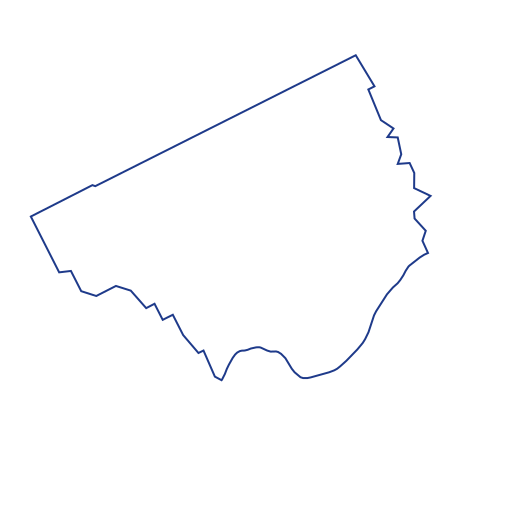 the district of Cape Girardeau, Missouri, United States of America, rotated 63°
{"feature_id": "52423323B27788547677425", "entity_name": "Cape Girardeau", "entity_type": "district", "adm_level": 2, "iso_a3": "USA", "parent_name": "United States of America", "parent_adm1": "Missouri", "projection": "natural_earth1", "projection_center": [-89.566, 37.365], "detail": "fine", "context": "isolated", "style": "outline", "palette": "blue", "viewbox_px": 512, "rotation_deg": 63, "n_neighbors": 0, "source": "geoboundaries", "source_scale": "gbopen_adm2", "svg_char_len": 1205}
<svg xmlns="http://www.w3.org/2000/svg" viewBox="0 0 512 512"><g transform="rotate(63 256 256)"><path d="M118.6,438.7L181.2,438.8L185.3,427.7L208.0,427.7L219.1,416.5L219.1,394.4L230.0,383.3L252.6,377.5L252.5,368.1L262.8,368.1L270.5,368.1L270.6,356.8L293.4,356.8L316.3,351.3L316.4,345.7L344.8,347.4L351.7,342.6L351.0,342.8L347.0,337.3L343.4,333.3L340.6,329.6L336.2,323.0L334.3,319.3L333.5,316.6L333.4,313.6L333.9,311.6L335.1,309.0L335.8,306.0L336.1,302.6L337.5,297.2L338.8,294.5L339.7,293.4L345.3,289.0L347.8,286.4L350.2,281.4L351.4,280.1L351.5,279.9L353.4,278.8L354.5,278.1L360.4,276.2L372.7,275.3L377.1,274.4L384.2,271.4L386.2,269.4L388.1,265.6L389.0,262.4L392.8,243.7L393.4,238.2L393.3,234.9L392.5,231.0L390.4,223.1L385.3,208.2L381.9,200.3L379.6,196.5L375.0,190.4L362.5,177.8L359.8,174.1L349.6,156.7L346.2,148.3L344.6,142.2L342.9,138.4L340.1,133.5L337.1,129.3L334.6,124.9L334.2,123.6L331.7,110.9L331.2,105.6L331.4,101.4L318.0,100.8L310.6,93.3L294.6,97.7L288.1,95.0L281.7,73.2L267.3,84.3L253.9,77.3L242.9,76.9L238.3,87.9L231.3,80.4L214.7,75.9L209.7,84.8L204.8,75.6L191.7,83.0L158.6,80.3L158.6,73.4L122.4,76.0L120.8,367.5L118.6,369.6L118.6,438.7Z" fill="none" stroke="#1e3a8a" stroke-width="2"/></g></svg>